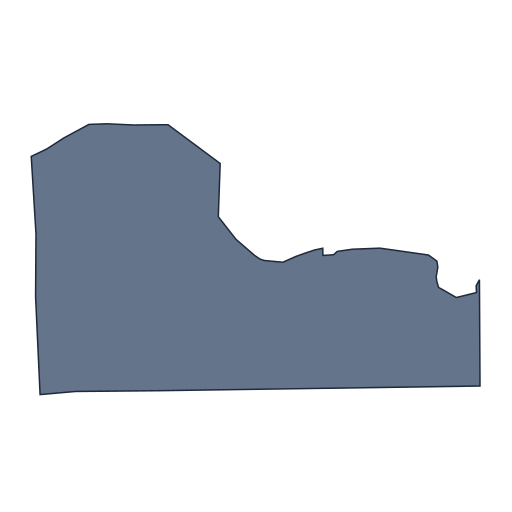 the district of Wahkiakum, Washington, United States of America, rotated 179°
{"feature_id": "52423323B48044581252464", "entity_name": "Wahkiakum", "entity_type": "district", "adm_level": 2, "iso_a3": "USA", "parent_name": "United States of America", "parent_adm1": "Washington", "projection": "equal_earth", "projection_center": [-123.489, 46.265], "detail": "fine", "context": "isolated", "style": "filled", "palette": "slate", "viewbox_px": 512, "rotation_deg": 179, "n_neighbors": 0, "source": "geoboundaries", "source_scale": "gbopen_adm2", "svg_char_len": 663}
<svg xmlns="http://www.w3.org/2000/svg" viewBox="0 0 512 512"><g transform="rotate(179 256 256)"><path d="M352.9,123.0L34.3,122.1L33.0,228.4L36.4,222.4L36.2,215.6L56.5,211.0L67.8,217.8L74.0,221.4L75.6,227.3L76.2,232.0L74.4,241.6L75.2,247.7L83.6,254.0L132.0,261.7L159.6,261.1L174.6,259.2L178.4,255.9L189.1,255.4L189.1,262.6L197.3,261.0L207.5,257.8L216.3,254.8L229.3,249.3L248.0,251.4L252.1,252.9L257.4,256.6L275.7,273.0L293.0,295.9L290.2,349.1L341.7,388.8L348.4,388.9L375.6,389.1L402.8,390.8L420.8,390.5L445.9,377.5L463.3,366.7L479.0,359.5L475.6,281.8L477.1,219.2L474.3,121.2L438.8,123.7L352.9,123.0Z" fill="#64748b" stroke="#1e293b" stroke-width="1.5"/></g></svg>